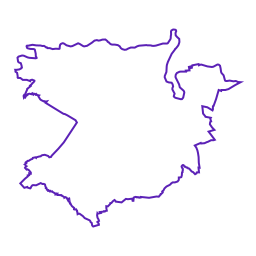 La Piedad, Michoacán, Mexico (orthographic projection)
{"feature_id": "50627088B97476448699279", "entity_name": "La Piedad", "entity_type": "district", "adm_level": 2, "iso_a3": "MEX", "parent_name": "Mexico", "parent_adm1": "Michoacán", "projection": "orthographic", "projection_center": [-102.084, 20.299], "detail": "fine", "context": "isolated", "style": "outline", "palette": "violet", "viewbox_px": 256, "rotation_deg": 0, "n_neighbors": 0, "source": "geoboundaries", "source_scale": "gbopen_adm2", "svg_char_len": 5633}
<svg xmlns="http://www.w3.org/2000/svg" viewBox="0 0 256 256"><path d="M96.9,40.1L94.5,40.6L91.9,42.7L87.1,45.8L84.1,46.4L83.0,46.0L79.8,44.0L78.1,43.3L72.3,46.1L70.5,46.4L66.5,45.3L64.2,43.7L62.9,43.2L62.3,43.3L60.8,44.0L60.2,44.7L59.8,46.2L59.6,48.6L59.1,48.9L55.8,48.7L52.6,49.1L49.7,48.1L47.4,48.1L47.1,47.5L46.6,47.3L46.1,47.4L45.0,46.5L44.0,45.9L42.4,46.0L40.5,45.5L36.4,45.4L32.5,44.8L29.0,45.5L28.5,45.7L27.0,45.7L26.6,46.1L26.6,46.5L27.1,47.9L27.7,48.3L30.1,48.9L33.9,49.1L34.8,49.6L35.7,53.6L35.8,56.2L36.6,57.6L36.6,58.0L35.7,58.3L29.3,57.8L27.6,57.4L23.8,55.7L22.1,55.5L18.5,56.6L17.5,57.7L18.1,61.7L19.0,62.5L20.8,63.2L21.5,65.4L21.9,67.6L21.2,68.1L21.2,68.4L19.4,69.4L16.7,69.8L15.5,69.8L15.8,70.3L15.4,70.6L15.4,70.9L15.5,71.7L17.1,72.8L17.7,76.2L17.6,77.4L17.9,77.9L20.4,78.0L22.8,79.9L26.9,79.9L30.2,81.1L30.4,80.2L32.1,79.7L34.4,80.6L34.5,80.9L33.4,82.5L32.4,83.1L31.7,84.2L29.3,86.2L31.5,85.4L27.2,88.9L26.9,89.5L27.4,89.0L24.5,95.6L24.0,95.2L23.6,95.9L23.9,97.6L24.3,97.1L25.1,97.6L26.0,96.0L27.3,95.1L27.2,94.7L27.7,94.7L27.9,94.1L29.3,93.7L31.5,94.2L31.7,93.6L32.6,93.2L33.4,94.7L34.6,93.8L35.4,94.1L35.4,94.7L35.1,94.8L36.3,94.9L36.5,94.3L37.2,95.0L39.0,95.4L38.3,96.1L38.6,96.7L40.2,99.3L41.2,100.1L43.2,101.1L44.5,101.2L44.5,101.7L45.1,101.8L46.8,101.4L45.7,102.9L63.1,113.6L63.7,113.9L64.7,114.0L67.3,115.3L75.5,120.2L76.9,122.5L63.8,142.4L58.3,148.8L51.6,155.8L51.1,156.9L49.3,157.3L48.2,156.0L44.8,154.8L42.2,155.2L41.4,155.6L40.7,156.3L39.2,156.5L36.4,157.3L36.1,157.9L35.4,157.3L32.8,157.9L32.4,158.9L30.7,159.5L28.6,160.9L27.6,160.9L27.0,161.6L26.5,161.7L25.7,162.4L26.3,163.1L24.8,164.4L25.3,164.7L25.9,166.1L26.4,166.3L25.2,167.4L25.0,167.8L26.6,169.6L27.5,169.3L29.0,170.3L30.8,172.5L30.8,173.8L29.7,173.9L29.2,173.6L29.2,175.2L27.7,175.4L27.8,176.4L25.0,178.7L20.3,183.4L24.3,187.8L27.1,187.0L27.1,187.4L30.2,188.4L30.6,188.1L31.4,186.4L32.4,185.3L33.1,185.1L36.1,185.3L40.7,183.1L42.5,184.0L43.8,183.9L45.0,184.5L45.5,186.8L46.2,187.6L45.9,188.2L46.6,188.6L46.9,189.2L46.9,189.7L48.2,190.0L48.2,190.9L50.1,190.8L50.1,191.5L52.0,191.4L52.0,191.7L52.9,192.1L54.6,193.1L55.0,193.6L55.7,193.5L55.6,194.4L57.5,193.7L57.5,195.0L61.3,195.1L61.3,195.5L63.0,196.3L64.1,197.1L64.8,197.1L64.7,197.6L65.6,197.2L66.6,197.7L66.9,198.4L68.2,198.9L69.2,198.5L69.3,199.0L67.5,199.4L68.6,201.4L69.6,201.2L69.9,203.4L70.4,203.3L71.4,205.4L72.1,206.3L74.1,207.9L74.0,209.3L74.6,209.5L76.1,209.3L76.6,210.1L76.9,211.0L77.1,211.0L77.6,214.2L78.8,213.6L79.7,213.8L82.9,216.1L84.7,218.1L89.6,220.3L90.3,221.1L90.6,222.1L91.7,222.9L92.2,225.5L93.2,226.5L98.9,224.8L98.7,223.5L97.4,222.0L99.0,220.9L98.5,219.4L97.5,217.7L97.1,215.2L97.4,213.4L97.6,213.7L100.8,213.0L100.1,212.0L104.0,211.6L104.0,211.3L104.9,211.4L105.0,211.1L106.8,210.7L106.3,208.0L106.3,206.2L107.8,206.4L110.2,204.0L110.3,203.1L111.4,203.0L112.9,201.2L114.5,200.0L115.3,200.7L115.7,201.6L121.6,202.4L125.9,198.9L127.9,199.2L132.1,198.7L132.6,200.8L133.4,200.8L133.7,197.7L134.0,197.4L135.4,196.9L136.3,197.0L136.5,197.3L137.8,197.1L137.9,197.4L139.7,197.7L140.2,197.6L140.0,197.3L140.4,196.9L149.1,197.8L156.5,196.5L158.7,196.7L159.3,196.3L159.5,195.6L160.6,194.7L160.7,194.0L161.3,193.9L162.7,192.5L162.2,191.5L162.6,191.0L163.3,190.7L164.5,188.4L166.5,186.5L169.7,184.9L170.5,184.3L170.9,183.6L171.2,183.5L172.3,182.6L172.7,182.4L174.9,182.4L177.6,181.5L178.8,179.9L178.8,177.5L180.6,177.4L181.3,177.1L181.8,175.5L182.0,172.7L182.6,172.1L182.4,171.3L182.8,170.7L182.7,169.7L182.9,169.1L182.7,168.5L182.3,168.2L181.7,167.0L181.6,166.3L182.6,165.1L183.5,165.1L184.6,166.7L185.3,166.6L186.5,167.6L187.5,167.6L188.1,168.4L189.2,168.6L191.7,171.5L193.1,172.1L195.1,174.2L196.5,173.4L196.7,172.5L197.0,172.3L199.0,172.4L198.5,167.6L199.6,167.7L198.8,162.8L198.6,157.0L198.0,153.0L197.4,150.4L196.3,147.6L194.8,145.5L200.8,142.9L201.1,143.5L204.5,143.2L206.9,142.1L207.9,141.8L211.1,140.2L213.7,140.2L214.8,139.8L208.6,131.6L214.4,129.9L212.1,127.5L209.9,124.3L210.0,123.0L210.5,121.4L211.1,121.3L210.4,119.1L210.3,118.7L210.8,117.8L205.5,116.8L205.3,116.3L203.1,113.6L202.3,106.2L207.4,107.3L212.5,110.4L212.9,109.5L212.9,106.5L213.2,105.9L213.6,105.9L216.1,99.0L218.7,90.0L221.2,90.9L221.4,90.0L225.3,90.0L228.5,89.1L235.3,85.0L240.6,82.2L238.0,82.0L235.8,81.0L233.4,81.3L229.7,80.6L227.0,81.0L226.0,81.0L225.2,80.7L224.9,80.1L223.6,75.3L221.6,73.1L221.1,72.0L220.6,68.4L220.0,65.7L218.8,64.7L217.8,64.5L217.1,64.7L213.4,66.7L211.9,67.0L207.4,66.4L201.4,64.6L200.4,64.7L198.9,65.3L198.6,64.1L192.4,65.3L192.4,65.8L191.6,66.1L191.9,67.7L190.0,68.3L189.7,66.7L188.9,66.9L189.5,70.4L185.9,70.6L186.1,71.2L186.5,71.3L186.3,71.6L180.6,71.6L179.4,71.8L176.9,73.0L175.8,74.6L175.5,76.4L175.6,77.4L179.1,84.4L179.8,87.3L183.6,90.7L184.1,91.6L184.3,92.6L183.2,97.6L182.0,99.1L180.8,99.2L175.7,97.9L174.9,97.5L173.8,96.5L174.0,95.2L174.5,94.1L174.6,93.6L172.4,89.5L172.4,88.1L173.1,86.5L172.7,84.6L172.3,83.7L171.6,82.7L168.7,82.4L166.5,81.5L164.7,77.3L164.8,75.9L166.4,72.0L166.7,66.4L166.9,64.9L167.9,61.9L171.7,53.8L175.1,49.3L175.1,49.0L176.0,48.3L177.9,45.9L178.5,44.9L179.3,42.5L179.4,41.6L179.2,38.9L177.1,37.0L175.7,35.4L175.5,33.0L176.2,31.1L175.9,30.1L175.2,29.7L173.5,29.5L172.9,29.6L171.4,30.5L171.0,31.5L171.1,34.5L170.8,36.1L170.7,38.2L170.4,39.2L167.8,43.2L167.1,43.5L163.0,43.5L155.9,45.6L153.7,45.9L152.0,45.8L150.9,45.4L147.2,45.3L146.5,45.1L139.0,45.7L137.2,46.3L134.8,47.6L130.9,47.5L128.3,48.5L126.3,49.6L124.6,49.8L122.2,49.1L120.7,48.0L119.8,46.4L117.8,45.1L114.8,44.6L112.1,44.6L110.8,44.2L109.6,43.3L109.0,42.5L107.7,41.8L107.4,41.1L105.4,39.5L102.4,39.6L100.0,40.4L98.4,40.6L96.9,40.1Z" fill="none" stroke="#5b21b6" stroke-width="2"/></svg>